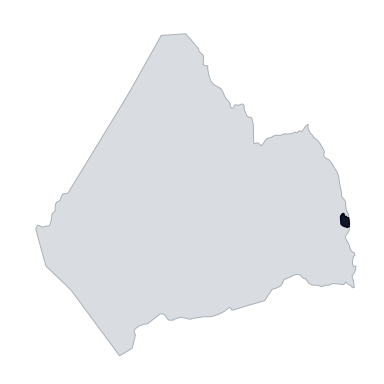 Tizi Ouzou highlighted on a map of Algeria, rotated 86°
{"feature_id": "DZA-2197", "entity_name": "Tizi Ouzou", "entity_type": "Province", "adm_level": 1, "iso_a3": "DZA", "parent_name": "Algeria", "parent_adm1": "", "projection": "mercator", "projection_center": [4.213, 36.689], "detail": "fine", "context": "in_parent", "style": "filled", "palette": "ink", "viewbox_px": 384, "rotation_deg": 86, "n_neighbors": 0, "source": "natural_earth", "source_scale": "10m", "svg_char_len": 4729}
<svg xmlns="http://www.w3.org/2000/svg" viewBox="0 0 384 384"><g transform="rotate(86 192 192)"><path d="M298.3,36.7L298.6,37.7L298.7,38.7L297.2,39.6L296.3,40.1L295.1,42.5L293.0,44.2L292.7,44.7L292.7,45.1L294.1,45.9L294.6,46.6L294.8,47.6L294.2,51.0L293.2,57.0L293.3,58.3L293.8,59.9L294.3,61.1L294.5,62.5L294.3,65.8L295.0,67.8L295.5,69.6L294.3,71.8L293.7,73.8L293.4,76.6L293.2,78.4L292.4,80.0L291.4,81.5L290.2,82.5L288.7,83.3L287.0,84.4L285.6,87.3L282.6,89.7L282.0,90.5L281.7,92.4L281.8,95.1L282.3,97.2L283.8,100.3L285.0,103.7L285.4,105.5L285.8,106.1L287.6,107.2L290.6,108.8L291.2,109.4L292.7,111.7L294.1,115.9L294.6,118.7L299.9,122.9L305.1,126.7L305.5,127.3L308.2,139.8L309.2,144.3L312.8,160.3L311.3,161.2L309.6,162.3L310.8,164.4L313.2,167.9L314.6,170.8L315.1,172.0L316.2,175.5L317.1,178.8L317.4,179.9L317.7,182.5L317.3,189.6L318.0,198.6L318.8,203.1L317.5,207.1L316.3,211.0L316.3,212.9L317.0,215.9L317.6,218.1L318.5,219.3L318.3,223.0L318.0,224.4L315.3,226.3L312.3,228.1L311.5,229.6L311.3,231.3L311.7,232.7L320.1,245.2L320.4,246.4L320.6,249.9L322.0,254.3L323.5,256.3L324.1,257.7L325.1,258.7L326.2,259.5L326.9,259.6L330.7,258.4L337.1,260.4L343.2,262.4L343.7,262.8L347.2,269.4L350.3,275.7L281.5,319.5L274.0,326.1L256.3,342.3L255.0,343.0L231.6,347.8L219.5,350.1L219.0,350.3L218.3,350.3L217.8,350.3L216.7,349.9L215.5,348.9L214.7,348.4L214.4,347.6L214.9,346.6L215.5,345.7L215.8,345.0L216.2,344.5L216.7,344.0L216.7,343.4L216.3,342.4L215.9,341.0L215.9,338.4L215.9,337.2L214.8,336.2L212.7,335.2L210.8,334.5L209.9,334.3L207.7,333.9L204.8,333.2L203.7,332.8L201.8,330.4L200.8,329.8L196.4,329.4L194.9,329.0L193.7,328.4L192.7,327.6L192.1,326.3L191.9,325.2L191.5,324.7L186.6,322.1L185.4,321.3L184.7,320.4L184.7,319.2L184.8,317.7L184.6,316.4L184.4,315.8L97.6,254.1L92.9,250.9L82.2,243.6L33.7,211.8L33.7,188.6L33.8,187.4L34.1,186.9L35.6,186.0L38.1,184.0L39.0,183.2L40.1,182.3L44.2,179.6L45.0,178.9L49.0,175.8L49.9,175.4L52.1,175.1L52.9,174.5L54.1,173.3L55.9,171.8L57.0,171.2L57.3,171.1L58.0,171.0L61.7,171.4L63.3,171.7L65.1,172.0L65.7,171.8L66.2,171.3L66.9,170.3L67.0,169.2L67.0,168.2L67.2,167.7L67.5,167.5L68.3,167.6L69.4,167.7L71.5,167.7L72.3,167.5L74.8,167.3L78.3,166.7L83.3,165.1L85.7,163.3L87.4,161.4L89.2,158.5L90.7,156.1L93.6,154.5L96.0,153.6L97.4,153.2L100.5,151.9L105.7,148.1L110.1,147.5L110.6,147.2L111.2,146.5L111.3,145.4L110.5,144.5L109.6,144.1L109.0,143.6L108.4,143.6L108.1,143.0L108.2,142.0L108.3,141.0L108.7,140.1L108.6,138.7L108.0,137.4L107.8,136.4L107.8,135.4L108.2,134.7L109.1,134.2L110.1,134.0L111.6,134.2L114.1,133.9L120.6,131.6L121.0,130.8L121.4,129.2L121.9,127.8L122.6,127.3L122.9,127.2L128.1,126.3L129.3,126.2L139.0,126.7L147.3,127.0L148.0,126.6L148.0,125.6L147.5,123.7L147.8,122.4L149.0,121.3L150.5,120.1L149.8,118.5L148.6,117.5L146.9,116.3L146.1,115.8L144.6,114.3L143.7,112.6L143.0,109.0L141.9,107.0L141.1,104.5L141.8,100.0L140.7,97.2L140.5,96.0L140.5,94.6L140.9,92.2L140.7,88.7L139.4,85.2L140.0,84.0L140.2,83.3L140.2,82.8L139.0,81.7L138.5,80.7L138.7,79.8L139.3,78.6L139.3,78.0L137.4,76.5L134.1,73.9L133.2,72.8L132.8,71.4L135.9,71.8L137.5,71.6L141.2,70.0L144.1,67.7L146.3,66.6L148.3,64.1L150.1,62.5L152.8,60.8L160.3,57.2L161.4,57.2L163.9,58.0L166.1,57.7L167.6,56.4L169.1,53.4L171.6,51.5L174.7,49.6L178.9,47.8L181.7,46.1L186.1,44.7L197.1,43.8L202.7,42.9L206.6,43.1L210.5,40.5L212.4,39.6L220.8,39.4L224.8,37.5L239.8,37.5L241.6,38.1L243.4,39.2L246.5,41.7L248.0,42.2L250.0,41.7L254.6,39.3L259.8,38.1L262.6,36.7L263.8,34.6L266.3,33.8L267.6,35.4L273.0,37.0L276.3,36.6L277.8,36.1L277.3,33.7L280.8,34.3L283.5,35.5L286.3,37.8L288.1,38.2L291.4,37.2L298.3,36.7Z" fill="#d9dde1" stroke="#a8b0b8" stroke-width="1"/><path d="M228.8,37.5L229.5,37.6L229.8,37.7L230.4,37.4L230.6,37.3L230.8,37.4L231.2,37.5L231.4,37.6L231.6,37.5L232.0,37.3L232.2,37.2L232.4,37.2L232.8,37.4L233.1,37.4L234.9,37.2L235.1,37.2L235.3,37.3L235.5,37.4L235.7,37.5L235.9,37.6L236.4,37.6L236.6,37.7L237.1,37.5L237.3,37.9L237.4,38.1L238.0,39.1L238.1,39.4L238.1,39.6L238.0,40.0L237.9,40.2L237.7,40.3L237.2,40.1L236.8,40.1L236.6,40.2L236.5,40.4L236.4,40.6L236.5,40.8L236.7,41.0L236.9,41.1L237.0,41.1L237.3,41.3L237.3,41.5L237.2,42.0L236.6,43.0L236.4,43.5L236.2,43.7L235.1,45.0L234.9,45.1L234.7,45.3L233.8,45.6L233.5,45.5L232.9,45.6L232.6,45.6L232.0,45.4L231.7,45.4L231.2,45.6L227.2,45.5L226.4,45.3L225.9,44.9L225.4,44.4L225.0,44.2L224.5,43.8L224.1,43.0L224.1,42.4L224.1,42.2L224.3,42.0L224.5,42.0L224.8,42.0L225.0,42.2L225.1,42.3L225.3,42.2L225.5,41.9L225.6,41.7L225.8,41.6L226.0,41.7L226.4,41.8L226.7,41.9L226.9,41.8L227.1,41.6L227.3,41.4L227.5,41.2L227.6,40.9L227.3,40.6L227.2,40.4L227.1,40.2L227.1,39.9L227.3,39.8L227.5,39.8L227.7,39.7L228.1,39.2L228.5,38.6L228.7,38.4L228.7,38.1L228.7,37.6L228.8,37.5Z" fill="#0f172a" stroke="#020617" stroke-width="1.5"/></g></svg>